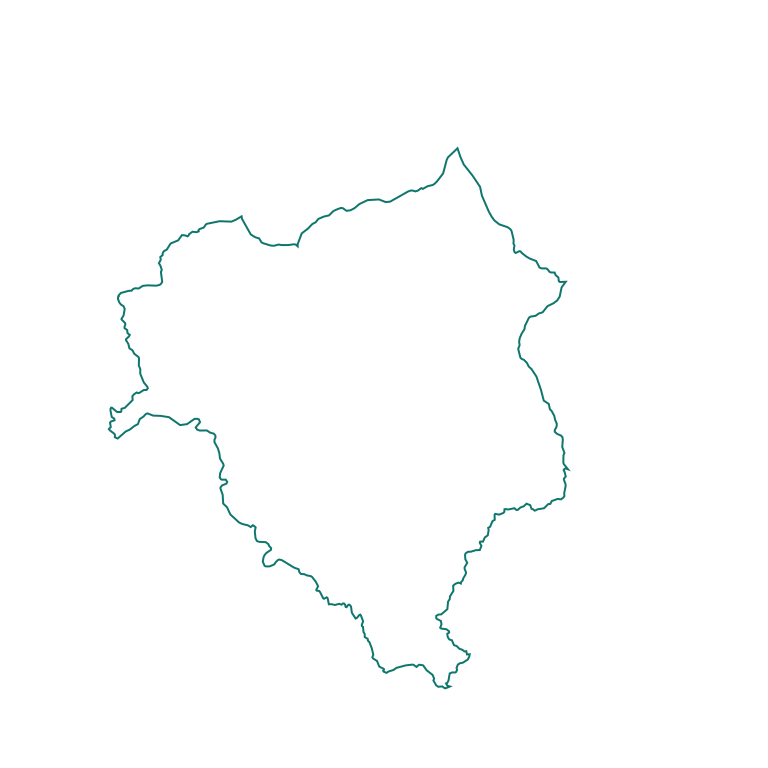 Santa Helena Del Opón, Santander, Colombia (Mercator projection), rotated 313°
{"feature_id": "7082276B2871746800234", "entity_name": "Santa Helena Del Opón", "entity_type": "district", "adm_level": 2, "iso_a3": "COL", "parent_name": "Colombia", "parent_adm1": "Santander", "projection": "mercator", "projection_center": [-73.601, 6.405], "detail": "fine", "context": "isolated", "style": "outline", "palette": "teal", "viewbox_px": 768, "rotation_deg": 313, "n_neighbors": 0, "source": "geoboundaries", "source_scale": "gbopen_adm2", "svg_char_len": 6166}
<svg xmlns="http://www.w3.org/2000/svg" viewBox="0 0 768 768"><g transform="rotate(313 384 384)"><path d="M606.5,277.0L593.4,276.2L590.7,277.0L578.4,283.6L568.4,284.6L564.5,284.4L562.6,283.8L558.4,281.0L553.1,279.3L552.8,277.8L552.1,277.5L548.5,276.9L546.3,275.6L544.8,272.7L543.7,271.6L540.9,270.2L521.5,264.1L518.2,261.1L515.5,254.4L507.3,246.6L498.9,243.3L492.4,242.5L488.2,241.0L485.1,238.5L484.5,234.0L483.4,232.4L478.3,229.9L475.6,229.0L469.8,228.8L465.4,225.8L459.9,223.4L455.6,223.7L452.2,222.5L445.7,222.4L438.0,221.1L427.6,225.4L425.8,227.0L425.8,224.3L424.7,222.8L420.3,219.2L415.7,214.3L414.2,211.9L410.1,209.3L408.0,206.7L404.3,199.1L404.1,197.7L405.3,193.3L403.6,190.0L402.5,184.6L407.9,167.6L409.5,165.5L402.7,163.5L398.6,161.6L391.0,152.8L380.5,145.3L379.1,144.9L375.6,145.5L371.4,143.4L369.8,143.5L369.2,144.4L367.1,143.3L364.8,140.1L360.7,139.3L359.3,139.8L358.0,139.6L357.1,137.3L355.1,134.7L348.7,135.5L341.2,132.1L334.1,133.5L331.0,132.4L328.6,133.0L327.3,134.2L324.3,133.8L322.6,136.0L318.8,137.0L318.1,139.7L315.9,143.7L313.8,144.4L307.4,152.2L305.1,152.6L303.5,152.3L300.8,150.6L294.8,143.7L291.2,140.6L286.6,139.5L284.1,136.5L281.6,135.6L280.1,135.8L278.1,133.8L271.2,129.5L267.7,129.5L267.3,130.2L266.2,130.2L264.7,131.5L263.1,134.9L262.7,137.5L263.3,140.4L262.0,143.2L256.5,146.8L252.5,147.6L252.2,148.1L252.0,153.0L251.1,154.3L248.8,155.2L247.9,156.2L248.3,159.3L246.3,161.8L246.5,164.6L244.9,165.0L240.8,164.8L240.1,165.4L239.0,169.6L236.5,173.4L237.1,177.1L235.8,180.7L236.3,186.0L235.8,187.2L230.2,192.2L228.7,195.6L225.3,198.7L221.3,207.3L220.6,212.6L219.8,214.2L217.7,214.4L215.7,212.4L210.9,211.2L209.7,210.5L209.1,208.9L206.0,208.2L203.4,208.3L200.9,211.1L189.7,210.7L186.9,208.9L184.7,210.6L183.9,210.5L181.5,207.9L181.1,201.1L180.6,200.6L179.3,200.9L177.7,202.5L174.2,207.4L174.7,210.2L173.7,211.7L170.6,210.0L169.0,209.9L166.1,213.6L163.4,213.5L163.1,215.2L163.7,220.7L163.4,221.8L161.5,223.5L162.5,226.4L173.2,227.5L177.4,229.2L183.1,230.1L186.8,231.4L191.7,229.3L196.2,230.3L199.7,230.3L201.2,231.1L203.5,236.8L208.3,242.3L213.1,249.4L214.9,262.9L220.3,267.3L229.2,269.2L231.0,270.9L231.9,272.7L230.6,275.5L223.8,275.9L223.2,278.5L224.3,281.0L229.2,286.1L229.8,289.8L231.6,293.4L231.4,295.6L230.2,297.1L227.6,298.0L225.9,299.6L223.6,306.5L221.1,310.8L217.6,314.9L216.0,320.8L215.0,322.4L207.0,325.0L203.6,327.6L203.1,329.6L203.4,330.6L206.1,333.5L205.5,336.1L203.7,336.7L199.2,334.7L196.8,335.0L196.0,335.7L193.0,341.5L186.9,347.9L186.8,353.2L183.8,360.7L183.9,372.5L185.1,376.1L187.8,380.8L188.5,384.1L191.3,384.4L191.6,386.5L191.6,387.9L188.0,390.1L183.6,395.2L182.5,398.1L183.4,400.3L187.7,405.4L188.0,408.8L187.2,410.4L187.0,413.4L185.6,414.4L180.2,413.2L177.5,413.3L175.1,414.1L171.4,416.5L169.6,420.7L170.0,422.0L172.7,424.8L177.2,426.8L180.0,426.3L182.9,426.5L184.1,427.0L185.5,429.4L188.4,443.6L190.3,447.8L188.7,450.4L188.4,452.7L190.7,455.7L191.2,457.7L193.6,461.6L193.8,463.2L192.9,468.8L191.2,473.7L187.2,474.9L187.0,475.8L188.4,477.7L188.2,479.2L185.8,485.7L186.0,486.6L188.9,487.6L188.9,488.9L185.3,493.9L187.2,495.8L188.9,498.8L192.7,501.2L193.6,503.4L195.6,503.7L196.2,504.4L196.1,506.0L194.8,508.0L195.2,508.8L198.1,508.5L198.8,508.9L199.0,510.2L198.7,511.7L194.8,516.5L193.1,523.2L194.3,523.7L198.2,523.5L199.1,523.9L199.0,524.9L196.2,530.6L192.7,532.0L191.9,533.1L192.1,534.2L188.6,538.2L188.0,540.4L185.8,542.5L186.5,545.9L185.3,547.3L185.3,549.2L182.4,555.3L178.7,560.8L176.2,561.9L175.8,563.3L176.7,567.7L174.1,573.3L175.5,578.2L174.9,578.9L173.7,579.0L173.4,579.9L174.4,582.8L177.0,583.5L181.4,586.0L184.7,586.6L192.9,591.7L198.1,596.1L198.8,597.2L199.2,600.7L202.6,601.1L204.5,603.8L204.9,604.6L203.7,610.5L204.4,618.0L202.7,621.6L200.9,622.3L199.2,627.6L199.6,630.2L202.6,632.9L202.8,635.4L203.5,636.6L207.7,638.5L206.6,636.1L207.3,633.6L208.6,634.1L211.1,633.4L217.1,629.5L219.3,630.4L221.7,632.9L222.7,633.1L224.8,632.4L225.8,630.7L229.1,629.4L231.6,630.0L233.9,631.7L239.6,633.2L242.5,632.4L244.8,631.0L242.8,629.1L244.7,626.4L243.3,625.3L243.0,622.3L241.8,619.9L241.9,615.7L240.7,613.3L242.9,608.5L241.7,605.9L242.4,603.2L244.5,600.6L246.6,601.2L247.5,600.2L247.2,596.9L244.2,592.7L244.1,591.3L247.5,589.9L249.5,587.2L248.2,582.7L248.5,581.7L250.2,580.3L252.5,581.1L254.6,583.0L262.5,583.9L268.5,579.3L271.5,578.8L273.6,577.1L280.0,575.9L283.7,572.1L286.6,572.5L289.5,573.9L290.5,576.3L291.6,575.5L294.4,575.4L295.6,574.6L300.4,573.5L302.2,572.5L303.7,569.1L304.9,568.0L310.0,566.8L311.3,563.0L314.3,559.8L315.8,559.2L318.5,559.8L320.6,561.9L325.1,564.5L327.9,567.3L332.0,565.7L333.2,562.3L334.3,561.8L336.2,563.9L340.5,562.4L344.1,563.1L348.5,560.2L349.9,558.3L351.9,559.0L357.5,556.9L360.2,557.6L363.7,554.1L364.9,553.9L366.9,557.2L370.9,559.2L372.6,559.2L374.6,557.5L375.3,558.0L376.9,560.4L382.1,564.1L382.2,566.9L383.3,567.7L386.7,568.0L389.9,569.6L393.7,569.9L395.1,573.6L393.3,577.1L394.1,578.7L394.1,580.5L395.0,581.1L397.0,581.7L402.3,585.8L408.1,586.0L409.8,587.4L412.8,586.5L418.4,589.4L420.3,592.1L423.6,592.7L425.1,592.3L427.0,590.3L433.3,586.4L434.6,585.0L436.7,580.8L437.7,580.1L440.3,580.0L442.8,576.2L443.6,574.1L445.2,573.9L446.1,574.5L447.1,576.7L448.1,570.0L448.9,568.7L454.2,563.9L456.6,563.0L459.6,557.2L465.1,552.9L466.9,550.6L466.9,548.2L465.6,544.8L465.5,541.5L466.8,540.3L470.3,539.4L472.7,537.6L474.6,533.4L476.8,530.3L478.6,525.0L478.7,522.5L481.8,518.1L480.8,512.2L486.7,502.9L493.4,490.4L495.5,481.8L495.5,477.9L496.9,474.1L497.1,469.8L496.2,467.5L496.4,465.6L501.2,458.2L504.9,456.7L507.1,454.0L509.9,452.1L514.1,450.5L520.0,449.3L522.7,447.4L531.4,444.8L533.1,445.1L537.1,448.3L541.3,449.2L544.6,451.1L552.5,450.5L558.7,452.9L563.2,453.7L567.7,452.9L575.8,448.0L582.7,447.2L578.6,443.1L578.4,441.8L580.8,438.9L580.7,435.1L581.9,432.8L579.4,430.0L578.9,428.5L579.5,425.3L579.1,423.7L576.1,420.5L575.2,418.4L577.7,411.4L575.1,404.9L574.3,401.3L573.8,395.4L574.1,393.8L573.7,392.6L569.6,390.9L569.5,389.6L570.7,387.4L574.3,384.9L574.9,383.0L577.8,380.6L582.9,372.9L583.4,371.1L583.0,367.5L579.4,359.5L578.9,353.4L579.7,348.9L581.6,343.0L588.5,327.2L593.7,319.8L596.8,306.6L598.9,292.7L602.1,285.2L606.5,277.0Z" fill="none" stroke="#0f766e" stroke-width="2"/></g></svg>